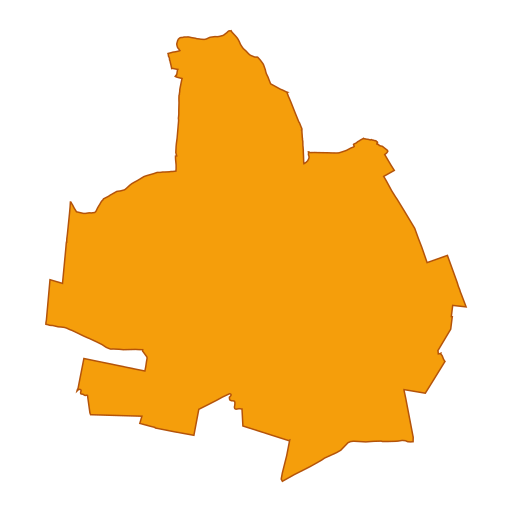 outline of Topolovatu Mare, Timis, Romania
{"feature_id": "2599482B42995693955942", "entity_name": "Topolovatu Mare", "entity_type": "district", "adm_level": 2, "iso_a3": "ROU", "parent_name": "Romania", "parent_adm1": "Timis", "projection": "albers", "projection_center": [21.637, 45.789], "detail": "fine", "context": "isolated", "style": "filled", "palette": "amber", "viewbox_px": 512, "rotation_deg": 0, "n_neighbors": 0, "source": "geoboundaries", "source_scale": "gbopen_adm2", "svg_char_len": 5855}
<svg xmlns="http://www.w3.org/2000/svg" viewBox="0 0 512 512"><path d="M413.1,441.7L413.2,437.2L413.0,436.3L405.7,398.2L404.0,390.1L404.0,389.6L425.3,393.2L431.9,382.6L445.0,361.4L444.5,360.9L443.5,359.1L442.4,356.3L441.9,355.3L441.3,354.6L441.2,354.6L440.8,354.0L440.8,353.9L440.9,353.2L440.2,353.5L439.3,353.8L438.3,353.9L438.1,351.5L437.8,350.8L450.7,329.2L452.2,317.2L452.3,316.7L451.3,316.6L452.7,305.4L466.1,306.9L461.4,294.5L460.4,292.0L459.7,289.7L458.3,286.2L457.3,282.8L447.4,255.4L427.1,262.6L421.8,247.3L418.4,238.5L414.7,228.3L403.9,210.3L396.9,198.9L395.7,197.2L391.7,190.8L386.4,181.0L383.7,176.4L394.3,170.4L391.0,165.2L387.4,159.1L384.7,154.5L386.1,153.5L386.9,152.7L387.7,151.5L387.8,151.2L387.4,150.3L386.4,149.5L384.6,148.1L382.6,146.5L382.0,146.2L380.8,146.0L379.1,145.4L378.8,144.8L378.3,144.4L377.2,144.3L376.8,143.9L376.9,143.6L377.5,142.7L377.5,142.3L377.3,141.9L376.6,141.7L376.2,141.0L375.9,140.8L375.7,140.7L374.6,140.6L373.1,140.1L372.3,140.1L371.8,139.7L371.6,139.6L371.1,139.6L370.6,139.9L370.1,139.9L368.5,139.4L366.1,139.1L365.0,138.8L364.1,138.8L363.6,138.3L363.1,138.6L360.3,140.1L359.7,140.6L357.7,141.7L356.2,143.0L353.8,144.1L353.5,144.5L354.0,145.7L354.2,146.5L353.3,147.1L350.9,148.0L346.6,150.3L345.0,150.9L339.8,152.6L338.6,152.9L336.3,153.0L330.5,152.9L329.2,152.8L317.4,152.6L314.9,152.5L310.3,152.6L309.7,152.5L309.3,152.1L308.8,151.9L308.4,151.9L308.5,152.4L308.6,153.1L308.4,154.1L308.5,154.9L309.0,156.5L309.1,157.4L308.6,159.0L308.1,159.9L307.5,161.0L306.7,161.7L306.4,162.1L306.2,162.3L305.2,162.8L304.8,163.3L303.9,163.7L303.8,163.2L303.7,162.2L303.5,155.8L303.3,151.8L303.3,150.3L303.3,149.9L303.2,148.9L303.1,147.9L303.1,147.2L302.9,145.9L302.8,141.2L302.5,139.9L302.5,139.3L302.5,138.7L302.3,137.4L302.1,134.3L302.0,133.2L301.9,130.9L301.9,130.4L301.5,130.0L302.0,129.2L301.6,128.0L301.3,127.4L299.7,123.4L299.4,122.7L298.9,122.1L295.2,113.0L291.3,103.1L289.3,98.3L288.5,96.6L287.0,92.5L287.5,92.3L286.1,91.8L282.5,90.0L280.6,89.3L272.4,84.8L271.0,84.1L270.4,83.3L268.9,79.5L268.1,77.3L266.4,73.8L265.8,72.0L265.3,69.7L264.2,66.6L263.6,64.9L263.1,63.9L262.4,62.9L260.4,60.2L257.9,57.4L257.4,57.1L255.5,57.1L254.6,57.0L250.5,55.3L249.5,54.6L248.5,53.7L245.9,50.9L243.3,48.6L242.0,46.8L240.6,44.6L240.4,44.2L239.2,41.4L238.0,39.2L237.3,38.1L235.8,36.3L232.2,32.4L231.7,31.8L231.1,30.7L230.7,30.9L229.4,30.8L228.9,30.9L228.0,31.5L226.8,32.7L225.2,33.9L223.8,35.0L222.9,35.5L219.4,36.4L217.5,36.7L214.9,36.6L210.5,37.2L209.7,37.4L206.3,39.0L204.5,39.4L203.7,39.4L200.6,39.2L199.1,38.9L196.9,38.7L195.3,38.2L191.5,37.6L189.4,37.1L188.1,36.9L186.7,37.0L184.3,37.0L183.7,37.1L182.4,37.5L180.9,37.5L180.3,37.7L179.8,37.9L178.4,39.1L177.6,40.7L176.8,43.6L176.8,44.1L176.8,44.7L177.3,46.7L177.6,47.5L178.2,48.4L178.8,49.0L179.9,50.6L178.9,51.0L178.1,51.2L174.8,51.9L173.7,52.0L172.6,52.2L171.7,52.5L168.0,53.5L168.2,54.1L168.5,56.2L168.6,56.5L169.2,57.5L169.3,57.8L169.5,58.8L169.5,59.8L170.0,61.0L170.1,61.4L170.4,62.9L170.8,64.4L171.7,68.5L171.9,68.4L173.1,68.5L176.5,69.2L177.8,69.4L177.5,69.9L177.3,71.2L177.1,72.3L176.9,73.8L176.7,74.2L176.5,74.5L176.7,74.8L176.4,75.4L175.8,75.6L175.2,76.4L176.4,77.0L178.1,77.5L182.1,78.5L181.8,79.5L181.3,81.9L180.9,83.9L180.1,87.9L179.8,89.6L179.7,91.7L179.4,93.5L179.4,94.5L179.1,95.0L179.0,95.7L178.9,98.8L179.0,102.8L178.8,109.9L178.8,114.2L178.6,116.5L178.4,118.1L178.4,118.6L178.5,119.0L178.6,120.7L177.1,138.2L176.4,143.3L176.1,146.5L175.8,152.6L176.0,153.3L176.5,155.2L176.7,155.9L175.5,156.1L175.5,156.7L175.5,157.7L175.6,159.7L176.1,164.9L176.1,168.9L176.0,170.1L175.9,171.1L172.6,171.5L170.9,171.5L169.2,171.8L165.0,172.0L162.8,172.0L160.3,172.4L157.2,172.4L153.8,173.6L146.8,175.6L144.7,176.3L143.9,176.6L136.6,181.0L134.5,182.1L131.9,183.6L129.8,185.2L126.1,188.6L125.0,189.5L124.3,189.9L120.5,190.9L116.8,191.4L110.4,195.0L108.5,196.3L103.6,198.8L103.4,199.0L103.0,199.8L101.6,201.2L100.9,202.3L99.9,204.1L99.3,205.1L99.0,205.5L97.6,207.9L96.3,210.6L95.8,211.5L94.7,212.5L94.3,212.6L94.0,212.6L92.3,212.8L91.3,213.0L89.8,212.8L87.9,213.0L85.6,213.4L83.4,213.4L76.5,211.8L74.3,208.3L72.7,205.2L71.9,203.9L71.5,203.3L71.0,202.2L70.7,202.0L70.4,202.0L70.1,206.9L69.5,213.5L67.4,234.1L66.8,238.9L66.7,242.2L66.4,242.2L66.2,243.9L65.9,247.6L64.1,266.6L62.5,283.4L50.0,279.7L46.4,320.0L45.9,322.9L45.9,324.3L47.9,324.7L49.3,325.2L50.6,325.4L52.7,325.5L58.1,326.8L61.0,327.0L64.3,327.4L66.6,328.1L68.9,329.2L70.0,329.7L72.0,330.4L84.0,336.2L87.6,337.8L88.9,338.3L96.9,342.0L102.1,344.6L105.2,346.7L106.3,347.4L109.7,348.8L110.8,349.1L113.2,349.0L119.6,349.3L123.4,349.7L135.6,349.4L138.6,349.6L142.7,349.7L142.6,351.1L143.1,351.7L146.8,356.8L147.0,357.4L147.1,358.2L146.5,361.5L145.8,366.4L144.9,371.0L136.3,369.3L83.9,358.5L79.3,381.9L78.1,388.2L77.9,388.9L77.6,389.1L77.2,390.2L77.0,391.0L78.2,389.8L79.6,389.3L80.0,389.4L80.4,389.6L81.0,390.1L81.1,390.8L80.6,392.4L80.6,393.0L80.7,393.5L81.0,393.9L81.9,394.1L82.7,394.2L83.6,394.6L84.2,395.1L85.2,395.5L86.4,395.2L87.2,395.3L87.5,395.4L89.9,412.8L90.6,414.7L141.9,416.2L139.8,423.4L150.1,426.2L154.9,427.4L155.3,428.0L174.5,431.8L193.9,435.3L198.8,409.3L207.4,405.0L216.8,400.2L222.4,397.1L229.6,393.7L230.5,394.0L230.9,394.3L231.1,394.8L231.0,395.4L230.3,396.4L229.4,397.2L229.5,398.9L229.7,399.6L230.1,400.2L231.7,400.8L233.0,400.8L234.0,401.0L234.4,401.3L234.8,402.0L234.9,402.9L234.9,403.7L234.7,405.6L234.4,407.0L234.5,407.7L234.7,408.4L235.2,408.9L236.1,409.2L238.8,408.7L240.1,408.7L241.3,409.0L242.0,409.0L242.9,426.0L288.7,440.6L289.7,440.1L286.7,455.6L282.3,473.1L281.2,479.1L282.4,481.3L294.1,474.7L310.1,466.6L321.8,460.0L324.5,458.1L336.6,452.6L340.8,450.2L348.0,442.7L350.5,441.6L353.5,441.2L365.8,441.9L373.9,441.3L381.2,441.1L382.4,441.5L388.1,441.5L395.1,441.3L398.0,441.1L402.2,440.4L405.4,440.7L407.7,441.7L410.5,441.9L413.1,441.7Z" fill="#f59e0b" stroke="#b45309" stroke-width="1.5"/></svg>